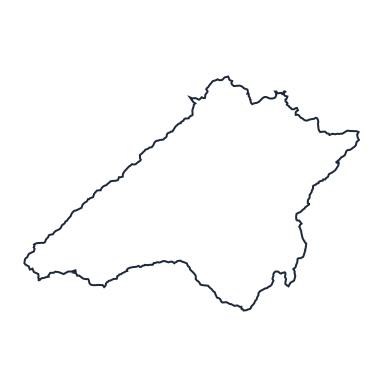 outline of Van Yen, Yên Bái, Vietnam, rotated 272°
{"feature_id": "81297802B29692958480362", "entity_name": "Van Yen", "entity_type": "district", "adm_level": 2, "iso_a3": "VNM", "parent_name": "Vietnam", "parent_adm1": "Yên Bái", "projection": "natural_earth1", "projection_center": [104.531, 21.931], "detail": "fine", "context": "isolated", "style": "outline", "palette": "slate", "viewbox_px": 384, "rotation_deg": 272, "n_neighbors": 0, "source": "geoboundaries", "source_scale": "gbopen_adm2", "svg_char_len": 6022}
<svg xmlns="http://www.w3.org/2000/svg" viewBox="0 0 384 384"><g transform="rotate(272 192 192)"><path d="M107.2,61.8L105.5,66.6L108.2,71.0L108.3,74.4L109.7,78.2L108.3,78.6L107.2,76.8L106.8,78.7L106.0,79.4L104.4,80.1L104.5,82.2L101.8,86.0L101.3,88.1L101.3,91.3L100.1,92.0L97.3,92.7L96.0,93.8L95.5,95.8L95.5,98.6L95.9,102.0L95.8,105.1L95.9,105.9L93.9,107.5L95.0,108.6L96.1,109.1L97.1,109.1L98.8,110.0L99.4,111.2L100.3,111.9L100.8,113.9L102.3,116.5L102.7,119.9L105.3,120.3L105.9,121.5L107.0,122.2L107.4,124.0L108.7,125.5L109.1,126.6L110.7,129.2L110.8,130.0L111.8,129.7L112.9,130.3L114.1,132.4L114.8,135.2L115.3,138.9L116.3,141.2L115.3,142.5L115.3,143.5L116.5,145.1L116.9,146.7L117.5,147.2L117.3,148.5L117.6,149.4L117.3,150.7L117.9,153.0L117.8,154.9L118.3,155.7L119.3,156.0L119.8,156.4L119.7,157.6L120.6,159.5L120.4,162.2L121.9,165.5L122.0,167.3L120.9,170.9L121.6,172.7L121.6,174.8L120.2,176.9L121.0,177.6L121.4,178.8L122.5,179.8L123.0,183.0L122.3,183.8L120.8,188.7L120.3,189.4L118.0,190.4L116.5,192.3L114.5,192.8L110.9,196.7L108.9,198.4L107.9,198.7L105.0,198.8L103.4,200.4L102.8,201.6L100.6,203.3L99.8,203.6L99.3,205.3L98.9,211.4L97.5,212.6L95.4,215.2L94.0,216.2L92.4,218.4L91.0,218.8L87.3,220.7L86.7,222.9L86.3,223.4L85.4,224.3L83.9,224.7L82.6,226.2L83.1,230.3L81.4,233.6L81.3,235.1L79.7,238.3L80.2,241.4L78.9,243.8L79.0,245.4L77.2,245.4L76.7,246.0L76.7,246.7L75.4,247.6L75.8,250.7L76.6,251.9L77.0,253.8L77.9,254.8L79.2,255.0L83.0,258.1L85.1,258.8L87.2,260.5L88.5,260.6L91.3,262.0L93.1,261.9L95.3,263.5L98.1,268.4L98.8,270.7L99.9,271.7L100.6,273.3L102.1,274.8L106.3,276.5L108.1,275.4L111.1,276.3L112.9,276.2L114.2,276.9L115.5,278.2L115.4,281.0L114.1,282.5L113.6,283.6L113.6,284.1L114.4,285.1L114.4,286.2L115.0,287.2L114.7,288.0L113.7,288.3L110.3,287.9L108.2,289.1L105.3,288.5L103.5,288.5L102.9,288.9L101.1,291.7L104.8,293.6L107.0,297.1L111.5,298.2L114.8,297.3L115.7,297.5L117.6,296.7L118.2,296.0L118.7,296.0L119.6,297.4L120.9,298.3L122.8,298.6L125.4,299.7L128.7,299.8L129.4,300.5L129.7,303.1L130.3,303.8L130.9,305.2L131.4,305.5L137.7,307.3L138.2,307.0L139.5,307.5L144.1,308.0L144.6,307.9L145.3,306.9L149.5,304.2L155.4,302.6L156.9,302.5L158.0,301.7L159.5,301.5L161.0,300.4L163.1,301.3L164.2,302.6L167.1,300.2L167.3,298.0L168.1,297.2L171.1,296.9L173.7,297.2L174.8,298.7L175.4,300.4L176.5,301.8L178.0,303.2L179.4,305.0L180.5,305.6L183.7,309.5L184.3,309.4L185.0,308.1L187.9,308.1L190.3,309.7L193.1,309.7L195.8,311.4L198.3,312.0L199.6,312.8L201.7,312.7L202.5,313.0L203.7,315.5L204.7,316.4L205.2,318.1L206.1,318.1L207.3,319.6L208.0,322.3L209.2,322.7L209.2,324.7L210.2,325.2L212.0,327.4L214.6,328.2L216.7,331.9L218.9,334.5L223.5,337.3L226.0,337.7L227.3,337.3L226.1,336.3L226.5,335.4L226.9,335.2L229.7,338.3L231.9,340.0L232.9,341.9L234.2,343.5L238.2,344.9L238.8,345.3L239.3,346.2L239.4,347.5L240.0,349.0L242.7,352.5L244.2,354.0L247.8,354.8L249.8,357.0L252.2,355.7L255.1,355.0L257.7,356.4L258.5,354.3L258.5,348.3L258.7,345.5L258.5,344.6L255.5,340.2L255.5,338.5L255.1,337.2L255.3,335.2L254.7,333.2L255.1,330.4L253.8,327.4L255.0,326.6L255.3,324.7L256.9,323.0L256.9,321.0L256.4,318.0L257.6,317.0L259.1,316.3L264.8,315.5L266.4,315.8L268.7,315.3L270.2,314.2L270.5,313.0L269.6,311.9L268.6,307.3L267.4,304.4L267.3,303.4L267.8,301.9L269.5,299.6L270.1,298.0L272.4,296.1L272.9,294.9L272.7,293.0L274.9,292.8L275.8,293.1L277.4,295.0L279.7,293.9L279.4,292.7L278.2,290.9L278.3,288.7L279.8,287.5L280.0,286.6L281.2,285.8L282.6,283.7L283.0,283.6L284.1,284.3L284.9,283.7L285.7,282.3L287.5,282.2L287.8,282.2L288.1,283.1L290.8,284.0L291.3,281.7L292.1,280.7L293.8,280.4L294.9,280.9L295.4,281.7L295.9,281.2L295.8,280.7L294.4,279.6L293.4,279.4L293.0,278.7L294.2,277.5L293.6,274.4L294.6,273.2L295.4,272.7L295.3,271.5L293.6,272.5L292.0,272.8L290.1,272.3L288.9,271.3L288.3,269.4L288.1,266.6L289.5,263.1L289.4,261.0L288.4,259.4L284.6,255.9L283.4,253.7L282.6,250.4L281.9,249.1L283.2,247.9L285.4,247.2L286.4,247.3L286.8,246.7L288.2,246.5L289.8,245.3L291.8,245.4L292.2,245.0L292.2,243.9L293.6,244.5L296.3,243.8L297.5,240.2L299.0,238.7L300.0,235.9L299.3,230.1L301.0,228.1L302.3,227.5L304.3,228.3L305.2,225.7L308.6,224.1L307.8,221.0L307.1,220.0L306.2,219.4L304.9,218.0L304.7,215.3L305.5,213.6L304.5,211.9L303.5,208.9L298.9,205.4L297.6,204.7L295.9,202.9L295.0,202.7L293.6,203.9L292.7,204.0L289.8,202.0L286.5,201.7L286.2,199.9L286.9,198.8L287.0,198.3L285.5,197.1L284.5,195.7L285.9,192.4L285.9,191.4L285.5,189.4L286.5,186.6L282.0,190.1L280.6,192.2L280.1,191.4L279.0,190.7L277.9,190.7L273.7,189.5L269.6,189.9L268.7,189.7L267.9,187.9L266.8,186.8L265.5,186.1L265.1,182.4L264.2,181.4L263.0,181.0L261.5,178.6L260.4,178.4L260.2,177.2L259.2,175.6L256.5,173.0L251.8,170.4L251.7,169.0L250.7,167.6L249.9,165.8L248.7,164.9L246.7,164.7L245.7,164.1L244.5,162.4L243.6,161.8L243.2,160.9L242.9,158.0L242.2,156.6L241.9,154.7L240.7,153.1L237.2,151.6L235.3,150.1L234.9,147.8L233.7,146.5L232.5,143.7L231.4,143.2L230.0,141.6L229.2,141.1L227.2,138.7L224.0,138.8L222.4,139.7L221.4,139.1L219.8,136.8L217.8,134.7L217.4,132.8L217.8,131.1L215.9,129.2L215.5,128.3L209.9,123.5L207.3,122.3L205.0,122.3L204.2,120.1L204.2,118.4L202.0,117.9L201.5,117.6L201.1,116.9L200.5,114.9L200.3,112.1L199.8,110.1L198.6,109.1L196.8,106.9L195.8,106.2L195.3,104.4L194.2,102.8L192.7,101.5L190.5,100.6L190.5,98.9L190.0,96.8L186.8,94.3L183.4,93.3L182.2,90.3L181.3,89.4L181.3,88.4L179.0,87.3L177.4,84.9L175.7,83.2L172.3,82.1L169.6,76.9L169.0,74.8L168.5,74.2L166.2,72.5L163.6,71.6L160.4,68.8L158.9,68.1L158.0,66.5L156.2,65.8L154.2,63.2L151.7,62.2L150.3,61.0L148.1,56.8L146.5,55.4L145.0,54.5L144.2,51.4L143.7,50.4L141.9,49.9L139.5,47.7L136.8,46.9L135.9,45.3L136.0,43.9L135.4,38.4L134.0,35.9L132.7,36.5L131.2,35.7L129.7,36.7L127.1,36.0L124.5,31.1L120.9,29.5L120.0,28.1L119.2,27.6L117.4,27.2L114.9,27.0L113.5,28.3L111.9,31.5L108.9,32.6L109.2,34.1L109.8,35.2L106.5,36.8L104.7,41.2L102.5,41.6L100.9,41.3L100.2,41.8L98.5,41.9L98.6,42.8L99.9,43.7L100.6,45.1L101.1,47.5L101.8,49.2L102.4,51.8L103.3,51.3L106.0,53.0L106.3,53.5L106.4,56.4L106.8,57.2L107.6,58.1L107.2,61.8Z" fill="none" stroke="#1e293b" stroke-width="2"/></g></svg>